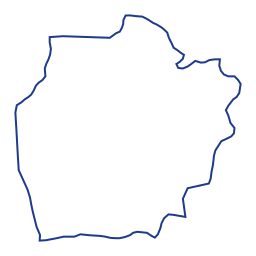 the district of Juazeiro do Norte, Ceará, Brazil
{"feature_id": "56859067B35969232140200", "entity_name": "Juazeiro do Norte", "entity_type": "district", "adm_level": 2, "iso_a3": "BRA", "parent_name": "Brazil", "parent_adm1": "Ceará", "projection": "orthographic", "projection_center": [-39.273, -7.179], "detail": "fine", "context": "isolated", "style": "outline", "palette": "blue", "viewbox_px": 256, "rotation_deg": 0, "n_neighbors": 0, "source": "geoboundaries", "source_scale": "gbopen_adm2", "svg_char_len": 1537}
<svg xmlns="http://www.w3.org/2000/svg" viewBox="0 0 256 256"><path d="M154.9,237.6L157.9,234.3L160.4,228.1L161.6,223.1L164.2,218.1L168.5,214.4L173.2,214.8L177.2,215.5L181.3,216.2L185.4,216.9L182.9,198.8L185.7,192.5L187.7,188.2L208.9,183.5L210.7,178.4L211.5,172.1L213.0,164.6L214.0,155.5L215.4,150.4L221.3,141.2L227.5,138.3L231.2,136.4L233.9,133.4L234.5,128.0L230.5,123.0L228.4,115.8L225.9,110.1L228.4,105.6L233.2,99.4L236.7,96.9L239.2,93.1L239.8,89.4L240.6,83.9L238.1,80.0L234.5,76.3L228.2,76.3L223.9,74.5L220.9,70.8L219.3,65.7L219.9,59.3L215.0,59.3L209.3,60.1L205.0,62.3L200.8,62.6L195.3,60.9L191.5,63.8L187.7,66.5L182.8,68.5L178.2,67.9L176.4,64.0L179.8,61.8L182.9,58.7L183.9,54.8L180.7,52.8L177.6,50.3L173.6,47.7L171.8,43.7L168.7,37.4L167.3,32.7L164.2,29.6L161.2,27.2L156.7,24.5L153.1,22.9L147.1,19.0L142.3,16.6L135.6,16.1L130.1,15.4L125.6,15.5L123.4,20.1L123.2,23.9L122.0,27.6L119.8,31.6L116.0,33.3L109.8,37.8L63.1,36.2L49.7,37.1L49.7,42.3L50.9,48.9L50.1,54.6L48.5,59.3L46.4,63.6L44.8,68.3L45.4,76.3L42.5,80.0L38.7,82.7L35.9,85.7L33.7,90.6L31.2,94.6L28.4,97.0L24.7,99.4L21.3,102.4L16.8,105.2L15.4,112.6L16.4,129.7L17.8,155.3L18.7,170.1L27.5,189.5L30.0,197.4L31.3,204.8L32.8,211.8L36.6,226.9L40.0,234.9L39.7,240.6L46.3,240.2L50.2,239.4L54.6,238.6L58.6,237.8L63.3,236.7L68.2,236.7L74.3,236.7L80.4,234.3L88.1,235.1L93.4,235.5L98.9,235.8L104.5,236.5L110.6,237.9L115.7,238.2L119.5,238.2L125.1,237.0L130.1,235.1L133.1,232.8L137.2,231.8L142.1,232.3L147.0,232.8L151.4,235.8L154.9,237.6Z" fill="none" stroke="#1e3a8a" stroke-width="2"/></svg>